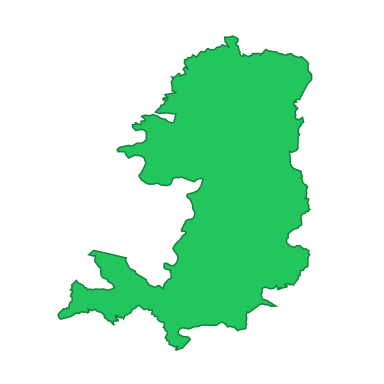 Xicotlán, Puebla, Mexico (Robinson projection), rotated 275°
{"feature_id": "50627088B38416403293523", "entity_name": "Xicotlán", "entity_type": "district", "adm_level": 2, "iso_a3": "MEX", "parent_name": "Mexico", "parent_adm1": "Puebla", "projection": "robinson", "projection_center": [-98.627, 18.113], "detail": "fine", "context": "isolated", "style": "filled", "palette": "green", "viewbox_px": 384, "rotation_deg": 275, "n_neighbors": 0, "source": "geoboundaries", "source_scale": "gbopen_adm2", "svg_char_len": 5956}
<svg xmlns="http://www.w3.org/2000/svg" viewBox="0 0 384 384"><g transform="rotate(275 192 192)"><path d="M331.4,295.9L336.3,289.5L335.4,286.1L336.5,281.7L338.4,279.0L337.6,274.8L336.1,274.0L337.7,268.6L337.2,267.4L338.7,264.3L339.3,256.5L340.4,252.8L339.2,252.6L338.5,251.4L337.0,251.3L336.5,249.9L334.5,248.5L335.6,247.8L335.8,246.1L335.1,240.0L333.1,239.7L333.1,238.2L331.7,236.4L333.7,231.1L332.1,231.3L331.5,230.4L332.6,228.3L334.1,227.4L335.8,227.7L336.7,226.8L341.5,225.1L342.4,223.2L344.2,222.5L344.5,223.7L347.6,224.9L349.4,223.3L350.9,218.9L349.6,216.1L349.1,211.0L344.8,211.9L339.9,215.9L341.2,209.4L339.1,207.5L338.3,204.3L335.6,201.5L335.4,197.2L336.3,195.5L335.2,193.8L332.6,193.1L332.9,190.0L332.3,188.2L326.8,184.7L328.8,180.9L325.7,179.5L325.5,176.1L323.4,175.2L323.4,173.5L322.8,173.0L319.5,173.3L314.4,177.2L314.1,176.8L315.4,175.8L315.9,174.1L313.6,172.4L311.8,174.1L308.8,175.4L308.7,173.8L306.4,170.0L308.6,169.7L309.1,168.7L304.5,164.4L304.8,161.8L302.6,163.4L300.2,161.8L293.2,163.5L291.2,163.2L290.2,167.0L289.6,167.2L286.6,156.6L283.5,160.1L282.9,159.5L283.7,158.7L283.7,156.4L282.3,154.7L281.1,155.6L281.8,156.3L280.9,158.9L280.5,157.5L277.1,156.5L275.8,154.8L275.8,153.6L272.7,152.6L271.4,150.7L268.4,148.6L267.5,152.1L268.6,160.2L268.2,169.2L259.8,167.8L259.2,165.5L260.1,162.0L262.1,159.2L262.7,154.6L264.6,151.0L265.8,146.6L264.1,142.8L264.5,138.9L263.4,135.7L262.8,135.3L260.4,138.9L258.9,138.9L258.1,135.1L255.0,135.4L254.8,132.8L256.1,130.1L255.9,129.4L255.0,130.2L254.2,129.8L254.0,126.9L252.8,126.8L251.1,127.5L248.3,130.8L249.9,135.8L249.7,138.4L248.0,141.2L240.1,142.0L236.3,138.0L235.8,132.8L232.6,128.5L232.9,124.6L230.2,115.9L227.6,113.7L225.7,114.9L226.2,121.5L223.2,123.1L220.3,125.9L223.7,131.7L223.6,137.4L222.1,141.1L216.9,143.4L215.4,143.2L206.5,139.8L204.1,137.8L202.9,138.0L199.9,140.3L196.8,145.4L196.1,148.1L196.5,153.0L197.9,156.7L196.2,161.0L196.3,167.0L197.4,169.4L198.8,170.5L203.7,171.7L205.2,174.9L205.0,176.9L205.9,180.1L202.5,192.5L202.7,193.8L204.4,195.2L206.2,198.6L206.0,201.2L205.3,201.8L198.5,200.3L193.9,197.8L191.1,192.8L190.0,188.9L188.2,187.0L186.2,187.9L185.1,190.3L179.9,193.4L175.1,194.4L172.6,196.3L170.9,196.7L168.4,196.5L165.4,195.1L164.0,190.2L162.7,188.4L153.0,184.7L151.9,185.6L152.4,188.8L150.4,189.7L147.3,186.1L145.0,185.3L138.9,180.3L134.5,178.0L133.3,178.2L127.5,183.1L124.6,183.8L121.7,183.4L118.4,181.6L116.9,179.4L116.7,177.7L118.9,172.8L118.3,170.5L113.9,170.8L112.8,172.7L112.3,177.7L111.1,177.1L107.6,178.7L104.1,178.5L103.0,176.3L99.5,173.5L97.4,172.3L93.1,171.5L96.0,167.4L93.7,162.6L94.8,160.7L95.4,157.3L97.3,156.4L98.3,154.9L100.8,153.9L105.9,143.4L108.5,142.1L108.5,140.6L109.4,139.9L110.1,136.8L118.7,131.4L120.6,132.3L125.3,99.1L120.5,94.6L119.6,99.4L120.4,101.4L114.5,101.2L108.8,106.3L108.4,107.5L100.8,108.7L98.4,111.2L97.8,114.8L95.5,116.3L93.9,120.0L91.6,122.2L89.4,122.6L86.8,117.3L87.7,111.6L87.0,109.1L87.0,104.5L86.0,101.3L86.4,98.5L85.3,96.2L87.2,95.3L87.5,92.6L89.2,92.4L91.8,86.0L93.9,84.6L88.6,80.1L87.0,80.9L85.0,80.3L84.3,81.2L83.8,79.6L82.7,81.5L81.2,81.7L80.6,80.7L77.3,80.2L76.6,81.8L72.7,82.1L71.6,80.4L69.5,79.5L65.4,79.4L65.7,77.4L64.6,77.0L64.4,74.0L59.5,70.0L57.9,69.4L56.0,69.9L53.8,72.0L57.6,82.5L61.2,87.1L61.4,90.2L63.3,92.8L62.7,94.2L63.2,96.6L62.4,98.4L63.6,99.9L66.4,98.5L65.0,102.2L66.5,105.0L64.7,108.6L64.2,112.0L62.0,114.9L59.2,115.9L57.9,118.4L56.3,119.8L56.2,122.1L53.1,125.0L52.6,126.5L53.7,125.0L56.6,125.2L57.0,129.4L57.6,129.7L58.5,129.5L58.9,127.6L61.5,126.3L62.4,126.8L62.3,128.3L60.4,127.7L61.5,129.7L60.5,130.3L61.1,132.1L60.2,133.1L60.9,133.5L60.9,134.8L60.1,135.0L62.9,136.1L66.4,141.6L69.6,142.7L71.8,146.2L74.1,147.9L74.4,149.3L70.6,154.5L71.6,157.1L71.6,158.5L70.3,159.0L71.2,162.0L70.4,162.9L66.9,162.4L66.5,164.8L64.7,165.7L65.0,168.4L63.6,169.1L62.1,168.6L59.9,171.9L59.5,175.4L57.0,176.2L54.5,175.3L54.1,176.8L52.0,177.2L50.6,179.8L48.5,179.8L44.5,177.9L43.9,179.2L42.0,179.8L40.8,182.5L38.5,182.4L36.1,188.6L36.8,190.5L36.5,191.3L34.0,189.6L33.1,189.9L35.8,196.1L44.9,203.2L47.1,201.3L47.3,195.5L49.0,191.0L51.9,190.3L55.2,192.5L56.0,195.3L55.3,200.8L58.0,206.1L58.5,209.8L60.3,213.3L61.1,226.8L62.0,228.9L64.2,231.1L64.8,233.7L64.2,235.6L60.7,239.4L61.6,241.9L60.9,243.7L61.3,245.4L57.8,249.7L58.9,251.1L60.6,257.5L63.3,257.3L64.9,258.0L66.4,257.2L70.7,257.5L74.6,256.7L77.2,257.3L76.8,259.2L86.3,269.9L86.0,270.8L86.8,272.4L86.1,274.4L86.4,276.8L85.0,280.6L85.7,285.4L90.4,276.2L91.6,271.4L96.0,269.9L99.0,270.7L102.3,270.4L103.6,273.7L102.5,277.8L102.8,280.9L103.5,282.3L106.0,284.2L103.9,285.7L102.6,285.6L102.4,286.9L103.3,288.4L103.9,287.5L104.4,287.9L104.2,290.4L105.8,294.9L106.7,294.9L107.9,292.5L108.3,292.9L108.9,296.2L108.0,297.5L108.8,298.7L108.1,301.1L115.3,305.6L117.7,305.1L118.0,306.8L122.9,306.9L123.9,309.8L126.6,311.2L127.5,313.4L128.5,314.0L136.3,313.2L140.0,314.6L141.6,313.2L143.7,313.6L145.3,310.5L145.0,308.4L148.1,303.7L147.6,300.6L145.5,298.9L146.3,297.4L146.3,295.3L149.8,290.6L153.3,290.4L155.2,291.9L157.3,291.4L159.6,292.1L163.8,296.5L165.3,300.7L167.3,301.5L168.4,303.7L169.6,304.1L177.7,302.5L180.0,304.3L180.9,306.7L182.1,307.0L182.9,309.6L183.9,309.3L184.8,310.9L186.5,309.6L188.9,309.5L191.7,307.4L192.4,308.3L195.0,308.9L195.6,307.9L194.9,306.9L195.3,305.3L197.0,306.5L197.7,305.9L200.2,306.5L204.1,305.6L207.0,306.8L208.8,305.3L209.1,303.7L210.6,301.9L213.9,300.7L215.8,298.8L215.4,299.9L217.2,300.6L220.1,299.0L222.1,298.9L224.2,291.5L225.5,289.6L228.7,287.5L241.1,285.7L240.3,288.3L242.6,292.5L243.6,292.5L244.4,293.7L256.0,292.9L259.1,294.1L259.4,292.9L264.9,292.6L268.1,294.9L269.5,294.7L271.3,297.1L275.9,295.6L273.2,292.3L274.1,289.1L276.1,288.0L277.5,288.9L279.2,287.9L282.3,288.0L283.5,289.7L284.9,289.9L284.9,288.3L287.3,287.8L286.9,286.5L287.4,285.9L289.7,285.4L290.8,288.3L291.6,286.4L293.3,288.7L293.5,291.0L309.8,297.7L314.3,301.3L319.6,300.9L322.8,297.2L328.4,296.5L329.6,297.0L331.4,295.9Z" fill="#22c55e" stroke="#15803d" stroke-width="1.5"/></g></svg>